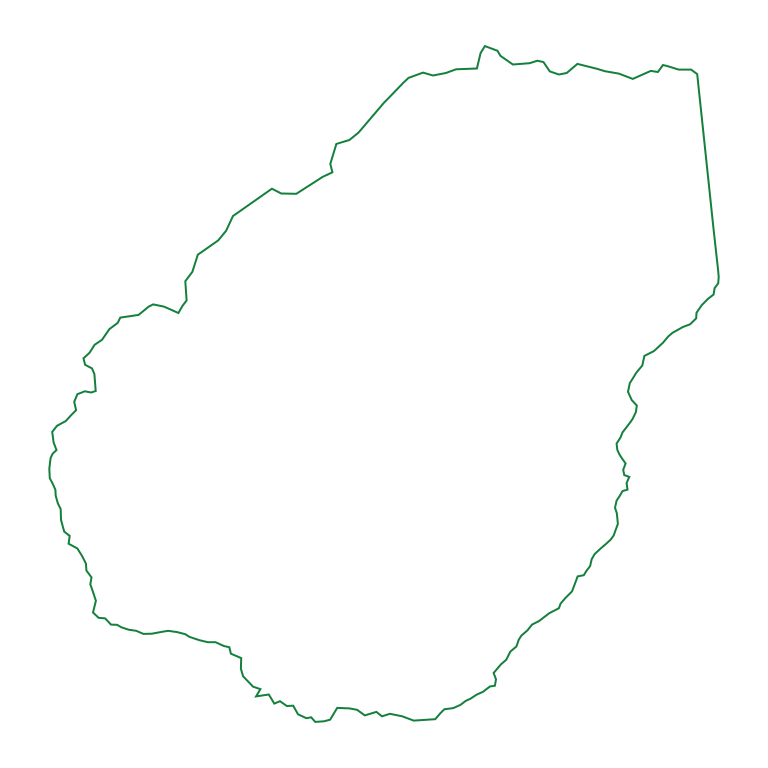 Betânia, Pernambuco, Brazil
{"feature_id": "56859067B94419093446187", "entity_name": "Betânia", "entity_type": "district", "adm_level": 2, "iso_a3": "BRA", "parent_name": "Brazil", "parent_adm1": "Pernambuco", "projection": "mercator", "projection_center": [-37.996, -8.262], "detail": "fine", "context": "isolated", "style": "outline", "palette": "green", "viewbox_px": 768, "rotation_deg": 0, "n_neighbors": 0, "source": "geoboundaries", "source_scale": "gbopen_adm2", "svg_char_len": 2802}
<svg xmlns="http://www.w3.org/2000/svg" viewBox="0 0 768 768"><path d="M697.2,74.1L691.1,69.6L678.7,69.6L668.1,66.3L663.0,65.0L657.9,72.0L650.8,70.9L632.8,78.9L618.8,73.6L604.9,71.2L597.0,68.8L577.4,63.9L566.7,73.0L558.9,74.5L549.8,71.4L543.5,62.1L537.4,60.7L529.6,63.2L512.9,64.5L500.5,55.9L497.5,50.8L484.9,46.1L480.6,53.0L476.9,68.5L456.0,69.3L445.9,73.0L433.0,75.5L423.0,72.6L408.5,77.9L403.2,82.9L389.4,97.2L383.9,102.8L358.6,132.5L349.4,140.0L336.4,143.9L330.3,163.9L332.4,172.3L322.6,176.9L296.3,193.8L281.2,193.5L271.9,188.7L233.0,216.0L226.1,230.8L218.2,240.4L197.8,254.7L192.4,271.8L185.3,281.2L186.6,300.4L182.4,306.0L178.4,313.0L163.9,306.6L153.2,304.4L148.7,306.6L138.6,314.9L120.3,317.6L117.7,322.9L109.4,329.1L102.0,339.8L94.6,344.8L89.6,352.7L83.5,358.3L85.1,364.8L92.0,368.4L94.4,374.1L95.7,391.0L91.2,392.5L84.8,391.3L77.4,394.2L74.2,401.9L76.1,410.2L71.0,415.3L65.8,421.0L57.0,425.8L52.2,431.9L53.6,442.4L56.5,450.1L52.7,453.6L50.6,458.0L49.3,468.8L49.8,478.3L52.5,483.3L55.4,489.8L55.7,495.7L57.8,503.2L60.7,509.1L61.0,519.9L64.2,531.6L69.7,535.9L68.6,543.7L77.4,548.5L82.2,556.2L85.9,563.5L86.4,570.5L91.5,577.4L90.3,584.4L92.3,589.9L95.9,600.8L93.0,612.5L98.6,617.8L105.2,618.4L111.0,624.6L117.1,624.8L121.4,627.3L128.6,629.7L136.2,630.8L143.4,633.9L151.9,633.7L159.3,632.3L168.1,630.8L177.1,632.1L185.3,634.2L189.5,636.9L199.1,640.1L207.8,642.2L215.5,642.2L223.8,646.0L229.3,647.2L230.9,653.7L241.2,658.1L240.9,668.8L243.1,676.3L253.1,686.7L260.4,689.1L256.1,696.4L268.8,694.5L274.3,703.6L280.0,701.2L286.8,706.0L293.2,705.7L298.0,714.3L306.4,718.2L311.2,717.3L315.2,721.9L324.0,721.3L330.1,719.7L337.2,707.9L349.4,708.4L357.1,709.8L364.8,715.4L376.4,711.9L382.0,716.3L389.9,713.8L402.2,716.3L413.7,720.6L435.2,719.2L440.3,713.3L444.3,709.3L453.3,708.1L460.4,704.9L465.7,700.9L470.8,698.5L476.7,694.6L483.0,691.8L489.9,686.5L494.9,685.7L496.0,679.3L493.6,673.0L501.0,664.3L506.3,659.7L510.3,651.6L516.4,646.5L518.8,639.6L521.4,635.6L527.6,630.2L532.0,624.6L539.1,621.0L549.1,613.3L558.9,608.2L560.6,603.6L565.4,598.0L572.0,591.4L575.5,582.2L577.6,576.4L583.8,575.2L586.4,570.9L590.1,566.1L591.7,559.2L594.6,554.1L601.0,548.2L606.0,543.9L610.7,539.6L613.6,535.6L617.9,523.8L616.8,513.1L615.0,507.8L616.6,500.6L619.5,496.3L622.5,491.1L627.5,489.6L626.6,483.0L629.3,476.9L624.3,475.1L623.2,469.8L625.6,463.5L622.4,459.0L619.7,454.9L617.3,449.9L616.6,443.5L620.5,437.5L622.5,432.4L629.3,423.6L632.5,419.1L635.9,412.1L636.8,405.5L631.7,400.0L628.0,391.8L629.8,383.1L633.0,378.1L636.2,372.8L642.3,365.5L644.4,355.9L653.9,351.1L663.0,342.7L668.3,336.4L672.5,332.8L682.9,327.0L690.1,324.3L696.2,318.3L696.5,312.8L701.7,305.2L708.0,298.8L713.6,294.5L714.6,288.2L718.2,283.3L718.7,277.1L718.2,271.1L713.6,229.5L712.9,222.9L697.2,74.1Z" fill="none" stroke="#15803d" stroke-width="2"/></svg>